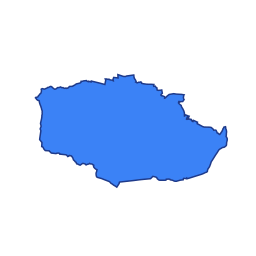 the district of Suncuius, Bihor, Romania, rotated 57°
{"feature_id": "2599482B67903282623571", "entity_name": "Suncuius", "entity_type": "district", "adm_level": 2, "iso_a3": "ROU", "parent_name": "Romania", "parent_adm1": "Bihor", "projection": "orthographic", "projection_center": [22.507, 46.914], "detail": "fine", "context": "isolated", "style": "filled", "palette": "blue", "viewbox_px": 256, "rotation_deg": 57, "n_neighbors": 0, "source": "geoboundaries", "source_scale": "gbopen_adm2", "svg_char_len": 5729}
<svg xmlns="http://www.w3.org/2000/svg" viewBox="0 0 256 256"><g transform="rotate(57 128 128)"><path d="M96.6,210.5L97.1,210.0L97.7,209.8L99.4,209.9L100.0,210.0L101.8,209.7L102.2,209.3L102.6,208.6L102.8,208.5L103.0,208.2L103.6,207.3L104.3,206.5L104.7,206.6L105.4,206.4L105.9,206.2L107.2,206.0L110.3,202.3L110.4,201.3L111.4,199.7L112.2,199.2L112.7,199.5L116.6,194.7L117.1,194.4L117.3,194.2L117.6,194.2L118.5,194.1L118.9,194.1L119.1,194.1L119.2,193.8L119.3,193.3L119.2,193.1L119.0,192.9L119.1,192.1L119.8,191.8L119.9,191.2L120.7,190.6L121.1,190.7L121.3,190.6L122.1,190.6L123.2,190.6L125.0,191.1L125.8,190.9L126.1,190.7L127.1,190.7L127.8,190.6L128.0,190.4L128.6,190.2L129.4,190.5L129.8,190.4L130.2,190.5L130.5,190.1L131.4,189.5L132.0,189.2L132.8,188.6L133.1,188.4L133.1,188.1L133.0,186.2L133.0,185.5L133.1,185.1L133.4,184.8L134.0,184.2L134.7,183.6L135.2,183.5L135.5,183.5L136.1,183.3L136.2,183.1L136.2,182.2L136.4,181.9L136.5,181.2L136.8,180.7L136.9,179.9L136.8,179.4L137.4,179.2L137.7,179.0L138.0,178.6L138.3,178.1L138.9,177.7L139.3,177.5L140.2,177.4L140.4,177.0L140.6,177.0L141.2,177.6L141.7,177.9L142.5,178.0L143.7,177.8L144.8,177.5L145.7,177.0L146.0,176.7L147.4,178.0L148.4,179.3L149.3,179.9L150.7,180.6L151.8,180.9L152.7,180.6L156.1,177.6L157.3,176.8L162.7,172.9L163.5,172.6L165.1,172.4L166.5,171.7L168.0,171.2L170.0,170.2L171.5,169.6L169.7,165.6L168.8,164.8L168.9,164.2L175.1,151.9L177.7,146.5L179.4,143.2L182.8,136.7L182.1,133.5L183.9,131.7L184.8,131.1L185.3,130.9L186.5,131.1L188.5,130.4L189.1,129.8L192.4,124.7L192.1,124.1L191.8,123.8L193.0,121.7L193.4,121.2L194.0,120.7L194.5,120.8L195.6,119.6L196.0,119.2L196.8,118.6L197.5,118.3L198.3,117.5L199.0,116.5L199.1,116.2L200.2,112.6L201.5,109.9L200.9,109.4L200.7,109.2L200.6,108.9L200.6,108.6L201.5,107.6L202.0,106.9L201.9,106.0L202.7,106.2L203.4,103.9L204.9,98.5L206.9,91.4L207.3,89.3L207.4,88.0L207.6,87.0L207.8,86.3L207.8,86.0L207.8,85.7L207.8,85.4L207.6,85.0L207.2,84.7L206.9,84.5L206.7,84.3L206.3,83.7L206.0,83.3L205.7,82.9L205.5,82.2L204.9,80.8L203.8,79.3L203.4,78.7L202.0,77.0L201.5,76.3L201.3,75.7L200.3,73.5L198.2,69.0L197.3,66.8L196.3,64.7L195.9,63.8L195.7,62.9L195.8,61.0L195.8,59.7L195.9,59.2L196.5,57.9L196.5,57.3L196.5,56.4L196.3,55.4L196.2,55.0L195.3,54.2L194.4,53.6L194.0,53.3L192.6,51.8L191.8,51.1L191.0,50.6L190.1,50.4L189.3,50.3L189.0,50.4L188.6,50.4L187.3,49.2L186.7,48.9L184.9,47.4L183.8,46.9L183.0,46.6L181.6,46.3L180.6,45.7L180.0,45.5L179.8,45.8L179.8,46.5L179.5,47.2L180.0,47.7L180.3,48.7L180.8,49.1L181.6,50.5L182.1,51.1L182.4,52.2L182.7,52.6L182.8,53.1L183.0,53.5L183.4,54.6L183.1,54.9L182.1,55.1L181.8,55.3L181.4,55.3L181.2,55.4L180.7,55.9L180.1,55.7L178.5,55.5L177.9,55.4L177.3,55.9L177.0,56.4L176.6,57.3L175.4,57.2L172.9,57.9L172.6,58.2L172.3,58.5L171.5,59.5L169.4,62.6L168.8,63.5L167.5,64.6L163.8,66.6L162.1,67.6L161.7,67.1L161.3,67.1L161.1,67.0L160.9,66.6L157.3,68.9L158.0,70.0L157.5,70.4L157.0,70.3L156.9,70.1L156.7,70.2L156.5,70.5L156.1,70.4L155.7,70.5L155.4,70.2L154.9,70.5L155.1,70.9L154.8,71.2L153.6,71.8L153.6,72.4L153.3,72.9L151.4,70.3L150.5,71.1L152.6,74.0L152.4,74.1L150.3,71.2L148.3,72.6L148.2,73.0L148.5,73.2L148.6,73.6L148.8,73.9L148.7,74.1L147.9,73.6L146.3,72.6L145.5,72.3L144.4,72.0L143.5,71.8L141.7,71.6L139.8,71.6L139.2,71.5L138.8,71.4L138.0,71.1L137.4,71.4L135.6,71.9L134.8,72.0L134.5,72.0L134.1,71.7L133.8,71.4L134.3,70.8L133.7,70.6L134.2,70.0L135.2,68.4L135.6,67.7L134.8,65.6L134.6,65.7L132.5,64.9L130.9,63.3L130.7,62.9L128.9,64.9L125.9,69.0L124.1,71.0L122.3,75.2L122.5,77.6L123.1,80.4L122.9,81.0L122.3,80.5L121.6,80.3L120.0,81.4L119.1,82.4L118.6,82.5L117.9,82.0L117.6,80.3L114.5,79.0L113.9,80.4L113.4,81.2L113.1,81.8L112.9,82.2L112.0,82.9L110.1,81.9L109.6,82.3L107.7,82.4L107.1,83.7L106.6,83.6L105.6,82.6L104.0,84.7L101.6,88.3L99.0,91.3L98.3,91.8L98.0,92.2L96.8,91.9L96.3,92.2L96.1,92.7L96.2,93.1L96.0,93.4L95.4,94.1L95.3,95.3L95.1,95.6L94.9,95.9L93.7,96.5L93.6,95.9L91.9,95.6L90.4,95.6L89.9,95.7L89.6,95.5L88.7,95.3L88.2,95.1L87.6,94.7L87.3,94.6L86.7,94.3L85.9,96.0L83.6,100.9L83.4,102.2L82.2,103.8L77.7,107.4L80.6,109.1L79.0,111.0L77.8,112.5L78.2,113.0L78.8,113.8L79.2,114.1L80.4,114.6L80.0,114.9L79.5,115.0L79.2,115.2L79.0,115.6L77.9,116.8L77.3,117.1L76.9,117.2L76.8,117.4L76.7,117.6L76.7,117.8L76.2,118.1L76.1,118.3L75.8,118.9L75.2,119.3L75.0,119.5L74.9,119.7L74.5,120.4L75.7,120.6L78.9,123.7L75.7,126.6L74.9,127.3L69.4,132.5L68.6,133.2L69.3,133.9L67.4,135.5L67.7,135.8L67.4,136.2L66.2,137.0L65.6,137.0L64.3,139.6L64.1,140.5L63.3,142.0L63.6,142.2L64.1,142.6L64.1,143.0L64.1,143.8L64.0,144.3L63.5,145.6L63.4,146.0L63.0,146.8L63.0,147.0L62.8,148.5L63.0,149.1L63.0,149.7L62.8,150.3L62.7,151.0L62.8,151.1L62.9,151.6L62.7,152.1L62.3,152.7L62.1,153.1L61.4,154.2L61.3,154.7L61.7,155.8L61.7,157.1L61.2,157.5L61.2,158.2L60.3,158.9L60.3,159.4L60.0,159.9L58.7,160.5L58.3,161.4L57.5,161.9L56.9,162.1L56.8,162.3L56.7,162.7L56.7,163.1L56.4,164.0L55.7,165.2L56.0,166.5L55.8,167.8L55.4,168.5L54.5,168.8L52.8,169.4L52.1,169.4L51.4,169.9L51.1,170.0L50.8,170.9L50.7,172.6L50.2,173.4L50.4,174.5L50.0,175.9L50.0,176.6L49.7,177.2L49.2,177.6L48.5,178.2L48.2,178.6L48.2,179.7L49.7,180.3L51.1,181.7L51.5,182.6L51.5,183.5L51.8,184.1L52.1,184.9L52.3,185.9L52.7,186.3L52.8,186.7L52.6,187.7L52.2,188.3L52.1,188.5L52.2,188.9L52.3,189.2L53.1,189.0L53.5,189.0L54.3,189.1L54.9,188.8L55.2,188.7L55.8,188.5L56.6,187.7L57.0,187.7L58.2,188.3L59.4,188.7L61.6,189.2L62.5,189.3L63.1,189.6L64.2,189.8L65.0,190.2L66.7,190.6L67.1,190.7L67.3,190.9L68.6,191.8L69.6,192.3L70.3,193.2L70.9,193.6L72.0,194.4L72.5,194.9L73.0,195.3L76.4,198.8L76.7,199.0L78.7,199.7L79.1,199.9L79.4,200.1L80.4,201.5L81.0,202.2L82.3,202.4L82.6,202.5L83.0,202.7L89.4,208.3L89.7,208.4L93.2,208.1L93.6,208.3L94.7,209.1L96.6,210.5Z" fill="#3b82f6" stroke="#1e3a8a" stroke-width="1.5"/></g></svg>